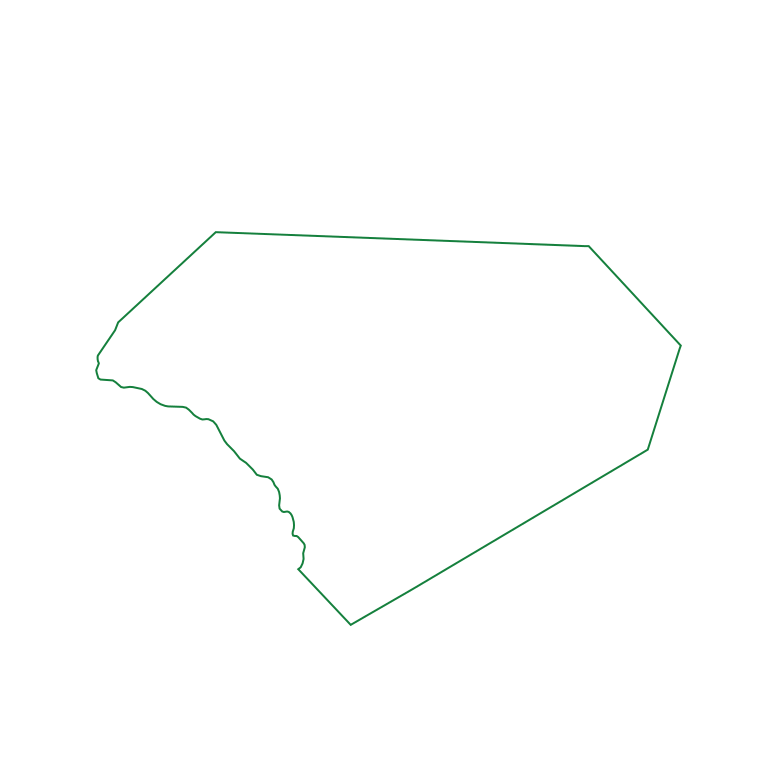 the Region of Al Wusta, rotated 121°
{"feature_id": "OMN-2405", "entity_name": "Al Wusta", "entity_type": "Region", "adm_level": 1, "iso_a3": "OMN", "parent_name": "Oman", "parent_adm1": "", "projection": "robinson", "projection_center": [57.537, 20.48], "detail": "fine", "context": "isolated", "style": "outline", "palette": "green", "viewbox_px": 768, "rotation_deg": 121, "n_neighbors": 0, "source": "natural_earth", "source_scale": "10m", "svg_char_len": 1390}
<svg xmlns="http://www.w3.org/2000/svg" viewBox="0 0 768 768"><g transform="rotate(121 384 384)"><path d="M160.4,279.5L162.3,273.0L170.1,246.1L177.4,221.0L184.0,198.4L189.5,179.4L193.8,164.7L196.5,155.3L197.5,151.9L198.2,149.4L201.7,148.7L304.4,124.1L545.4,254.0L591.9,279.8L607.6,288.5L586.9,362.1L584.0,361.0L579.7,361.4L575.4,362.8L570.7,366.1L564.7,367.8L562.8,369.2L561.9,370.7L559.4,378.7L559.3,380.6L560.3,382.4L560.7,383.9L559.5,385.2L557.7,386.1L554.1,387.0L551.4,388.4L548.7,390.3L545.2,393.9L544.0,395.6L543.1,397.5L542.7,399.8L543.2,401.4L545.3,403.9L545.7,405.6L544.6,409.3L542.0,411.4L535.6,414.3L533.2,416.0L530.6,418.3L528.5,421.1L527.6,424.1L526.8,426.0L525.1,428.2L523.7,431.1L523.6,435.3L526.4,442.1L527.3,446.3L524.9,452.4L522.6,461.7L522.5,464.1L522.2,469.1L518.8,478.0L516.4,487.5L514.7,491.7L505.4,506.7L504.0,511.2L504.6,516.4L505.6,518.3L506.9,519.9L508.0,521.5L508.5,523.9L508.6,529.0L508.3,531.5L507.6,533.7L506.5,538.1L506.2,541.5L507.3,544.8L514.4,557.5L515.5,560.4L516.4,565.1L516.4,569.6L515.7,573.9L513.3,581.7L512.7,585.1L513.0,589.0L516.0,597.7L517.4,600.4L521.1,605.1L522.0,607.8L520.7,614.9L520.6,618.3L526.2,629.3L526.2,631.8L522.6,635.8L520.5,637.7L519.9,637.9L513.3,639.0L512.5,639.8L511.9,640.8L510.3,642.2L508.4,643.4L507.0,643.9L476.4,642.2L468.1,643.6L340.5,606.4L162.3,282.7L160.4,279.5Z" fill="none" stroke="#15803d" stroke-width="2"/></g></svg>